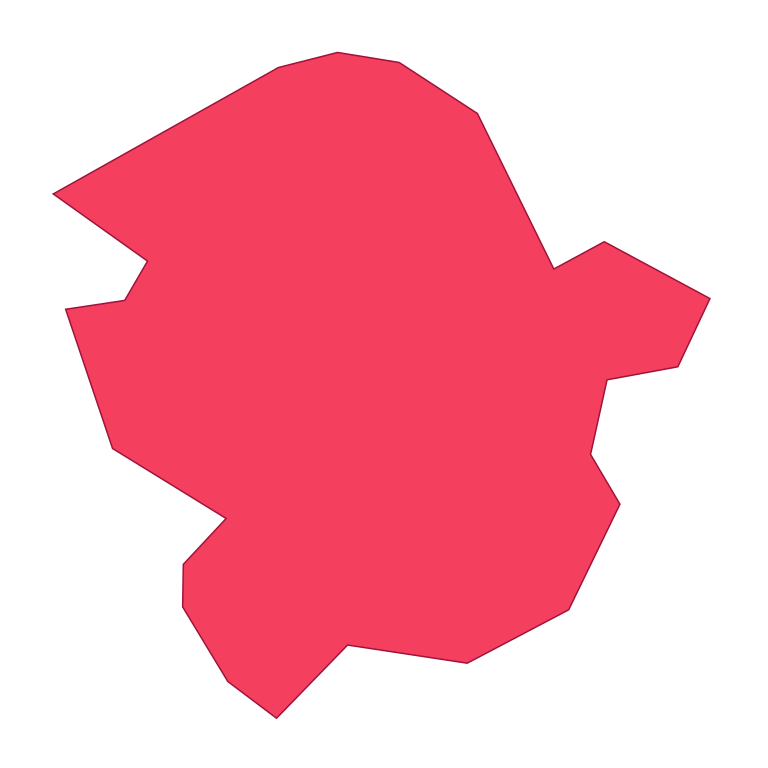 SVG path tracing the border of Brussels, rotated 179°
{"feature_id": "BEL-3474", "entity_name": "Brussels", "entity_type": "Capital Region", "adm_level": 1, "iso_a3": "BEL", "parent_name": "Belgium", "parent_adm1": "", "projection": "albers", "projection_center": [4.373, 50.84], "detail": "fine", "context": "isolated", "style": "filled", "palette": "rose", "viewbox_px": 768, "rotation_deg": 179, "n_neighbors": 0, "source": "natural_earth", "source_scale": "10m", "svg_char_len": 467}
<svg xmlns="http://www.w3.org/2000/svg" viewBox="0 0 768 768"><g transform="rotate(179 384 384)"><path d="M711.4,579.8L484.0,702.3L424.7,716.3L363.2,705.2L285.9,652.8L212.2,496.0L161.3,522.4L56.6,463.7L89.9,396.1L160.9,384.3L178.7,310.0L150.2,259.7L203.3,155.0L305.7,103.4L425.0,123.6L497.3,51.7L545.3,89.2L589.2,164.6L587.8,207.2L544.2,252.3L656.5,324.2L701.0,464.3L641.8,472.1L618.3,511.0L711.4,579.8Z" fill="#f43f5e" stroke="#9f1239" stroke-width="1.5"/></g></svg>